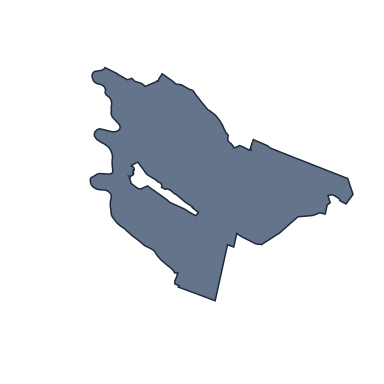 Piltenes pag., Ventspils, Latvia, rotated 28°
{"feature_id": "27541924B30234976546427", "entity_name": "Piltenes pag.", "entity_type": "district", "adm_level": 2, "iso_a3": "LVA", "parent_name": "Latvia", "parent_adm1": "Ventspils", "projection": "natural_earth1", "projection_center": [21.694, 57.236], "detail": "fine", "context": "isolated", "style": "filled", "palette": "slate", "viewbox_px": 384, "rotation_deg": 28, "n_neighbors": 0, "source": "geoboundaries", "source_scale": "gbopen_adm2", "svg_char_len": 5803}
<svg xmlns="http://www.w3.org/2000/svg" viewBox="0 0 384 384"><g transform="rotate(28 192 192)"><path d="M196.9,266.6L203.5,268.1L205.8,268.6L208.1,268.9L210.8,269.6L211.6,269.8L212.3,270.1L213.6,270.9L214.6,271.6L215.1,271.4L215.5,271.2L215.5,270.9L216.1,270.7L216.7,270.4L217.6,270.3L217.6,271.9L218.0,272.4L218.1,273.6L218.2,274.1L218.6,278.6L218.8,279.3L219.1,279.8L220.2,281.3L224.7,280.8L224.6,282.4L240.5,280.2L263.5,277.2L262.7,274.2L251.7,234.8L250.2,229.3L249.3,226.2L248.7,223.7L248.1,221.9L254.7,221.0L251.8,210.3L251.2,207.9L251.0,207.6L254.0,207.9L258.1,208.2L262.8,208.0L272.0,207.9L273.0,207.7L275.0,207.0L278.4,205.6L278.7,204.6L280.5,201.4L282.8,197.4L286.2,191.2L288.5,187.4L297.1,164.2L306.4,158.2L310.2,155.6L314.5,150.4L320.0,149.0L317.5,140.0L319.1,136.6L314.5,132.1L314.2,131.9L313.7,131.3L315.9,129.5L318.0,128.4L325.0,128.7L326.7,130.2L333.2,130.3L333.3,130.2L333.7,130.1L334.0,127.1L335.3,118.7L335.0,118.2L323.1,106.9L322.8,107.0L319.8,107.4L266.8,113.5L240.8,116.4L236.9,115.7L221.5,116.9L222.9,125.5L223.0,125.8L223.3,126.1L224.5,127.2L222.8,127.4L222.8,127.5L222.3,128.4L220.2,128.1L218.1,128.3L218.0,128.1L213.2,128.5L212.9,128.5L212.3,128.6L210.5,131.0L210.3,131.2L208.4,133.4L206.3,131.9L206.2,131.8L205.5,131.6L205.1,131.6L204.1,131.1L202.6,130.7L201.5,130.6L200.1,130.2L199.3,129.1L198.9,128.8L198.8,128.7L197.4,125.1L197.2,125.0L196.2,124.3L195.5,124.1L193.9,123.6L192.9,122.7L190.6,121.2L189.4,120.2L187.9,118.9L183.3,116.1L181.9,115.4L181.5,115.3L177.6,113.5L175.9,113.0L169.9,112.0L166.9,111.8L160.8,109.1L160.4,109.1L158.3,108.2L153.5,106.0L150.6,104.8L145.1,101.9L141.2,102.6L132.2,102.3L127.2,104.2L123.5,103.4L122.8,103.2L121.9,103.1L121.2,102.9L120.3,102.8L118.6,102.8L117.7,102.6L110.1,101.6L110.1,102.6L110.0,103.9L109.8,106.0L109.6,106.9L110.0,110.2L109.6,110.2L109.7,110.3L109.2,110.5L108.9,110.7L108.0,112.2L101.1,120.7L96.9,119.8L96.8,119.7L92.3,120.6L89.4,121.1L85.5,119.8L83.1,122.5L82.1,123.2L71.2,122.9L70.7,122.6L56.7,123.0L56.7,123.7L56.4,125.0L56.0,125.8L55.6,126.3L54.3,127.6L52.3,129.1L49.8,130.9L49.3,131.5L48.9,132.6L48.7,134.2L48.7,134.7L49.0,135.9L49.1,136.2L49.9,137.4L51.4,138.9L52.1,139.5L52.9,140.1L53.9,140.5L54.8,140.8L56.1,140.9L56.8,140.9L57.7,140.8L59.5,140.2L60.3,140.1L61.8,139.9L63.0,139.9L63.5,139.9L64.7,140.2L65.9,140.8L66.6,141.3L67.3,142.0L67.6,142.4L68.0,143.2L68.3,144.5L68.6,144.9L68.7,145.1L69.9,146.1L70.3,146.4L70.9,146.6L74.0,147.1L74.8,147.3L75.5,147.6L77.6,149.1L78.4,150.0L79.0,150.8L79.9,152.5L80.4,153.7L81.1,155.8L81.4,156.3L81.8,156.7L82.4,157.7L82.7,158.1L83.0,159.4L83.3,159.9L84.0,161.1L84.6,161.7L86.1,162.9L86.9,163.4L88.0,163.8L90.4,164.6L93.8,165.7L94.9,166.1L96.3,166.8L97.0,167.2L97.6,167.8L97.9,168.3L98.2,168.8L98.5,169.7L98.7,170.3L98.6,170.8L98.4,171.6L97.7,172.9L96.7,174.0L95.5,175.0L94.8,175.5L94.1,175.8L92.5,176.5L89.9,177.2L85.9,178.1L84.0,178.6L83.2,178.8L82.4,179.0L81.1,179.5L80.5,179.8L79.6,180.7L79.0,181.6L78.7,182.0L78.6,182.5L78.2,183.7L78.1,184.7L78.3,185.9L78.5,186.6L78.7,187.1L79.0,187.6L79.4,188.1L79.9,188.6L81.7,189.6L83.9,190.4L85.0,190.5L89.7,190.8L90.8,190.7L91.8,190.7L94.6,191.1L96.8,191.5L97.7,191.7L100.5,193.3L100.9,193.6L102.3,194.8L103.0,195.3L104.0,196.5L105.2,198.2L105.7,199.2L106.8,201.9L107.6,203.5L109.2,206.2L111.6,209.7L112.3,211.0L112.4,211.6L112.5,212.2L112.5,212.8L112.3,213.3L112.0,213.9L111.5,214.3L110.3,215.1L108.2,216.1L102.4,218.8L101.7,219.2L100.9,219.7L100.2,220.4L99.9,220.9L98.9,222.4L98.0,224.0L97.2,225.2L96.4,226.5L96.2,226.9L96.0,227.3L96.1,227.9L96.5,229.0L96.8,229.6L97.6,230.8L99.0,232.4L99.7,232.9L100.3,233.2L101.9,233.9L102.9,234.1L103.9,234.2L105.0,234.2L106.3,234.1L107.6,233.9L108.3,233.7L109.9,233.1L113.6,231.4L114.4,231.1L115.4,230.9L116.5,230.8L117.9,230.9L119.2,231.1L120.1,231.4L120.9,231.8L121.7,232.4L122.4,233.1L122.7,233.5L123.0,234.4L124.5,238.9L125.7,241.4L126.1,242.2L127.1,243.7L128.5,245.5L130.3,248.4L131.1,249.4L131.8,250.2L132.3,250.6L133.8,251.7L136.7,252.9L139.7,254.3L141.5,254.9L142.4,255.1L144.3,255.5L146.5,255.8L149.6,256.0L150.5,256.2L153.0,257.1L154.2,257.3L159.9,258.7L167.5,259.9L169.7,260.3L173.1,261.1L175.9,261.6L176.6,261.6L179.2,261.4L181.5,261.4L183.7,261.4L184.9,261.5L185.4,261.6L186.5,261.9L187.7,262.4L188.2,262.7L189.9,263.8L190.7,264.2L192.9,265.1L194.7,265.9L195.7,266.2L196.9,266.6ZM179.5,211.4L176.9,211.5L173.7,210.7L172.2,210.4L157.5,208.5L154.6,208.2L150.1,207.5L149.7,207.6L149.5,207.9L146.6,211.7L145.7,212.8L145.2,213.3L144.7,213.6L143.7,214.0L142.2,214.2L141.1,214.1L133.8,212.9L133.4,211.8L132.5,211.0L130.9,209.9L130.6,209.6L130.6,209.4L130.3,209.2L130.3,208.9L130.2,208.8L130.7,208.7L130.3,208.1L129.0,207.6L129.7,207.4L129.8,207.2L130.3,207.1L130.4,206.9L130.8,206.4L131.1,206.0L131.2,205.6L131.4,205.5L131.6,205.3L131.6,205.1L131.9,204.4L131.8,204.2L131.9,203.8L131.9,203.6L131.9,203.4L131.9,203.2L131.4,203.1L131.3,202.9L131.1,202.9L130.8,202.9L130.7,202.7L130.7,202.4L130.7,202.1L130.9,201.9L130.9,201.7L130.6,201.3L130.2,201.1L130.3,200.8L130.2,200.7L130.4,200.6L130.4,200.4L130.5,200.4L130.4,200.1L130.6,199.9L130.5,199.7L130.3,199.6L130.2,199.5L130.2,199.4L130.4,199.1L129.8,198.6L129.5,198.2L129.2,197.9L128.6,197.7L128.2,197.5L127.7,197.5L127.5,197.3L127.2,197.3L126.7,197.3L126.4,197.5L126.3,197.3L126.3,196.7L126.7,196.3L126.8,196.0L126.9,195.8L128.0,194.1L128.8,192.8L130.2,191.1L139.3,195.4L142.8,197.3L144.2,197.6L146.5,197.9L149.3,198.0L151.2,198.2L151.7,198.2L153.3,198.1L154.3,198.3L154.2,198.4L154.5,198.5L156.2,198.8L157.9,199.0L160.5,198.9L162.6,200.8L162.8,202.1L166.5,202.2L167.6,202.1L168.1,200.9L172.8,200.5L172.9,200.8L177.8,201.8L179.0,201.6L191.2,204.2L199.6,204.8L199.4,205.6L207.3,207.1L206.4,211.1L204.6,211.2L199.9,211.1L194.0,210.6L192.4,210.6L189.7,210.8L184.4,211.1L179.5,211.4Z" fill="#64748b" stroke="#1e293b" stroke-width="1.5"/></g></svg>